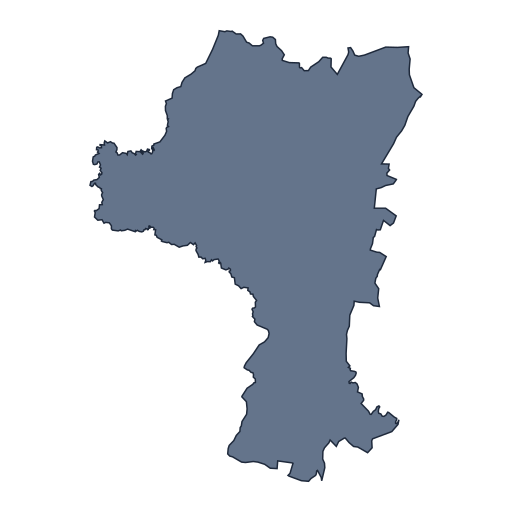 the district of Baranoa, Atlántico, Colombia
{"feature_id": "7082276B40558284352114", "entity_name": "Baranoa", "entity_type": "district", "adm_level": 2, "iso_a3": "COL", "parent_name": "Colombia", "parent_adm1": "Atlántico", "projection": "robinson", "projection_center": [-74.921, 10.782], "detail": "fine", "context": "isolated", "style": "filled", "palette": "slate", "viewbox_px": 512, "rotation_deg": 0, "n_neighbors": 0, "source": "geoboundaries", "source_scale": "gbopen_adm2", "svg_char_len": 6014}
<svg xmlns="http://www.w3.org/2000/svg" viewBox="0 0 512 512"><path d="M224.9,31.7L219.2,30.7L218.3,35.3L212.6,49.3L205.7,63.4L197.3,67.1L195.8,68.4L195.0,70.8L191.0,74.2L184.9,77.8L182.0,82.4L180.8,86.6L177.0,87.7L173.7,89.7L172.4,93.6L172.1,98.1L165.5,101.0L166.4,103.6L165.4,106.3L165.5,110.6L167.3,115.6L167.3,118.8L168.3,118.9L167.7,120.1L168.2,121.6L167.4,125.3L168.5,126.6L166.9,127.2L166.2,128.3L166.6,131.4L164.9,135.3L159.9,141.9L153.9,144.0L153.8,145.2L151.9,146.1L151.7,148.5L153.2,147.6L154.3,150.0L154.0,150.4L152.7,149.4L152.6,152.1L151.7,153.8L150.8,153.8L149.7,152.5L148.4,152.2L148.0,151.3L149.4,150.2L149.2,149.5L147.5,149.1L146.6,151.3L144.9,151.9L143.0,151.1L143.1,153.6L142.6,154.2L141.0,152.5L141.8,152.2L142.1,150.8L141.1,149.8L140.6,150.5L141.2,151.0L140.3,151.7L136.2,151.4L135.4,154.3L136.1,154.6L135.6,155.1L134.1,153.5L132.2,152.8L130.9,150.9L127.9,151.5L127.2,154.7L126.2,153.4L122.5,152.7L119.6,155.0L117.9,155.0L117.1,152.8L115.9,152.0L116.9,149.7L117.0,147.6L114.0,143.2L112.4,143.0L110.5,141.7L107.6,142.9L104.8,140.9L104.2,142.9L104.5,145.0L100.1,144.6L100.1,145.4L101.3,145.3L101.5,147.7L99.4,147.9L97.8,146.9L96.7,147.3L96.5,149.7L97.9,149.8L98.3,151.1L97.5,152.1L99.0,153.5L95.4,155.0L94.7,156.2L93.2,156.9L92.5,161.3L93.4,164.3L94.7,164.6L96.9,164.0L97.9,161.9L99.2,161.8L100.5,164.9L99.5,167.1L101.1,168.2L100.2,170.4L101.9,172.6L101.7,174.1L100.6,174.9L99.7,173.3L98.6,174.4L99.3,177.4L97.0,179.6L93.8,180.1L92.5,181.4L90.9,181.6L90.0,185.3L91.9,186.5L93.0,185.8L94.6,183.2L95.5,183.2L95.7,184.6L98.1,187.0L99.8,187.6L100.3,188.6L101.4,188.7L101.3,190.5L102.6,192.6L101.6,194.7L101.7,195.9L103.3,199.6L101.8,202.3L102.3,204.6L99.5,204.8L99.1,208.6L96.2,210.7L95.0,210.4L94.4,211.0L95.2,212.7L94.5,217.0L97.8,220.2L102.0,219.7L104.0,223.2L105.7,222.4L109.3,222.8L111.4,225.8L111.4,228.8L112.4,230.1L118.2,230.9L120.5,230.0L121.3,230.8L124.8,230.3L127.6,229.1L135.2,231.7L135.5,230.5L136.5,231.0L137.4,230.3L139.2,231.4L141.8,231.9L143.4,231.2L144.0,229.8L145.0,229.7L145.6,228.5L146.8,228.8L147.4,229.7L148.3,229.5L148.4,228.5L150.0,228.0L149.8,227.1L148.8,226.8L148.9,226.1L149.7,225.9L150.9,227.2L153.3,227.3L154.2,228.4L153.8,229.6L155.6,229.7L154.9,234.9L156.3,235.3L157.1,237.3L161.8,239.8L161.4,241.0L162.2,241.5L167.0,242.7L168.8,242.3L171.5,244.5L174.2,244.3L179.2,247.2L183.0,245.9L187.4,245.3L190.4,242.5L193.5,244.7L195.1,242.9L196.6,245.5L196.1,246.5L196.9,248.0L196.1,249.1L196.0,250.6L198.2,254.6L198.8,257.1L201.1,257.1L202.7,258.8L205.1,258.3L205.8,260.2L205.1,262.4L207.3,261.6L210.3,261.7L211.5,259.8L212.5,260.9L214.1,259.6L218.1,259.0L219.2,260.9L218.7,263.0L219.2,263.5L220.2,262.5L220.7,263.1L221.4,268.0L225.9,269.9L228.7,268.8L228.9,268.1L230.4,269.2L230.4,270.7L229.2,271.2L229.2,272.0L230.9,273.8L231.8,277.0L234.4,277.7L235.2,284.1L238.6,285.8L241.1,288.6L243.8,287.3L248.1,287.9L247.8,290.4L249.9,291.8L250.5,294.0L252.9,294.2L253.4,296.5L256.6,300.5L255.3,302.2L255.5,306.9L254.5,307.9L252.6,308.2L252.0,309.2L253.2,311.9L252.5,313.8L252.9,315.7L252.4,316.5L254.9,319.1L254.4,321.7L257.1,325.0L267.1,329.2L268.3,330.4L269.1,333.4L268.2,337.6L264.5,341.9L259.2,344.9L253.3,353.8L246.2,362.7L244.4,366.2L244.1,367.7L247.3,369.9L249.1,370.3L251.1,372.4L252.9,372.7L253.5,374.6L253.3,377.1L255.3,379.0L255.4,382.5L253.9,382.8L252.8,384.3L247.1,388.2L241.9,396.3L241.9,396.9L246.4,401.7L247.1,408.8L246.6,414.3L242.0,421.5L241.3,426.0L240.2,427.5L239.9,431.5L236.3,435.4L233.8,440.6L229.2,445.4L228.2,448.5L227.7,453.9L229.8,456.1L232.5,456.8L241.6,462.1L245.5,462.5L253.3,461.5L257.9,462.1L264.7,464.3L270.2,468.2L277.1,468.6L277.7,460.9L292.1,462.9L293.0,463.3L290.0,473.4L288.0,475.4L289.0,476.1L301.4,480.7L308.6,481.3L311.0,478.5L315.6,475.4L316.3,473.9L316.7,470.9L317.5,470.4L321.2,477.4L321.7,480.8L324.8,467.7L324.5,463.2L322.7,459.1L322.9,451.4L324.5,447.8L328.9,442.8L330.1,440.0L336.3,446.4L338.7,441.5L344.3,438.1L345.3,438.1L349.1,442.6L353.6,446.5L357.7,447.0L367.6,452.7L372.1,447.8L371.7,440.8L372.6,438.8L391.8,431.6L398.0,424.4L398.9,419.8L397.7,422.6L396.3,423.6L395.6,423.3L395.6,421.8L396.7,419.6L396.7,418.4L394.3,417.1L388.7,412.5L387.7,412.2L386.0,415.0L384.0,416.4L382.2,416.2L380.8,413.9L378.8,413.3L378.3,411.5L378.7,408.6L379.7,406.9L378.9,405.9L376.9,406.9L375.6,409.7L373.3,411.4L371.2,414.4L370.1,414.3L368.5,411.2L361.1,403.5L363.6,400.4L363.7,399.0L362.4,396.6L362.1,393.9L357.5,391.9L358.4,387.4L357.0,383.9L355.3,382.5L353.0,382.9L351.2,382.1L350.0,383.5L349.2,383.2L349.0,381.5L353.8,377.7L355.5,375.3L356.2,373.0L355.9,372.0L354.6,371.4L350.6,370.7L350.1,369.6L350.4,368.3L348.4,367.4L349.9,365.9L346.3,361.3L346.1,353.5L346.9,338.7L346.5,334.4L347.4,330.5L349.3,326.2L349.8,315.1L353.9,305.4L354.2,301.2L359.5,302.3L369.6,302.8L373.5,305.7L379.4,306.5L377.7,298.0L378.7,288.7L374.9,283.1L375.8,278.3L377.3,276.2L377.4,274.6L379.7,269.4L380.4,269.7L386.2,256.6L379.7,252.4L376.9,252.2L370.3,250.1L370.4,248.9L372.5,243.6L373.3,237.5L374.6,236.4L376.5,229.5L377.8,230.0L380.3,229.8L383.5,220.4L390.1,225.6L393.5,223.0L396.2,215.9L385.6,208.2L374.3,208.2L376.3,188.9L381.2,187.6L385.6,185.5L393.3,183.9L396.0,180.2L396.4,179.4L387.0,175.5L386.9,173.1L389.6,170.0L388.4,168.4L389.1,164.1L381.5,163.9L393.6,143.7L396.5,137.2L401.6,130.9L404.8,125.4L407.9,116.5L413.9,106.2L415.6,101.4L418.0,98.4L420.4,96.2L420.6,96.6L422.0,94.4L413.9,87.7L409.4,74.8L409.2,69.2L410.1,59.0L408.1,53.0L408.6,46.7L397.5,47.4L385.7,47.1L364.4,55.1L358.7,56.3L354.7,55.1L352.9,51.0L350.6,47.6L348.0,48.0L348.7,52.1L348.0,54.7L337.3,74.4L331.0,67.0L331.2,58.8L330.6,58.2L328.1,58.1L326.3,57.3L322.7,57.3L318.8,61.7L310.7,67.1L308.4,70.6L304.2,70.7L301.6,67.6L300.1,67.9L299.5,67.3L299.4,63.3L298.9,62.9L289.3,62.6L282.3,60.4L282.2,58.8L284.3,54.8L281.6,50.7L277.0,46.5L275.7,43.7L275.4,39.5L272.7,37.2L270.1,36.8L263.7,38.4L262.7,40.4L263.5,43.2L260.9,45.2L259.4,45.8L252.4,45.8L249.1,43.0L246.6,42.2L243.0,36.1L240.6,33.9L236.2,34.0L232.1,31.1L231.2,31.5L226.8,30.9L224.9,31.7Z" fill="#64748b" stroke="#1e293b" stroke-width="1.5"/></svg>